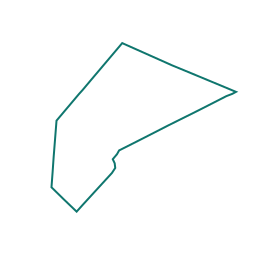 Messias, Alagoas, Brazil, rotated 220°
{"feature_id": "56859067B80605076797224", "entity_name": "Messias", "entity_type": "district", "adm_level": 2, "iso_a3": "BRA", "parent_name": "Brazil", "parent_adm1": "Alagoas", "projection": "natural_earth1", "projection_center": [-35.824, -9.341], "detail": "fine", "context": "isolated", "style": "outline", "palette": "teal", "viewbox_px": 256, "rotation_deg": 220, "n_neighbors": 0, "source": "geoboundaries", "source_scale": "gbopen_adm2", "svg_char_len": 472}
<svg xmlns="http://www.w3.org/2000/svg" viewBox="0 0 256 256"><g transform="rotate(220 128 128)"><path d="M113.6,30.9L113.3,39.7L112.5,58.2L111.4,83.3L112.1,89.2L115.5,92.4L119.6,94.3L119.6,100.9L120.4,105.1L110.8,127.5L98.8,155.9L84.7,188.3L73.1,215.7L70.1,221.1L68.5,225.1L109.3,212.3L134.6,204.3L187.0,189.3L187.2,140.1L187.2,127.9L187.4,122.5L187.5,87.7L166.1,57.7L157.8,46.3L148.5,33.4L131.8,32.1L113.6,30.9Z" fill="none" stroke="#0f766e" stroke-width="2"/></g></svg>